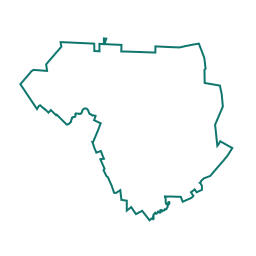 the district of Cruillas, Tamaulipas, Mexico, rotated 172°
{"feature_id": "50627088B28720868594108", "entity_name": "Cruillas", "entity_type": "district", "adm_level": 2, "iso_a3": "MEX", "parent_name": "Mexico", "parent_adm1": "Tamaulipas", "projection": "robinson", "projection_center": [-98.359, 24.655], "detail": "fine", "context": "isolated", "style": "outline", "palette": "teal", "viewbox_px": 256, "rotation_deg": 172, "n_neighbors": 0, "source": "geoboundaries", "source_scale": "gbopen_adm2", "svg_char_len": 4923}
<svg xmlns="http://www.w3.org/2000/svg" viewBox="0 0 256 256"><g transform="rotate(172 128 128)"><path d="M27.5,93.6L38.5,102.0L40.4,99.5L42.0,97.9L41.3,119.1L39.4,122.3L31.1,136.0L30.5,148.7L31.1,157.2L44.5,161.5L45.8,161.9L44.2,174.7L44.0,175.1L42.9,176.0L42.7,187.0L46.1,201.7L50.4,201.6L59.9,201.1L65.7,200.6L76.3,202.5L82.0,203.6L86.1,204.4L89.5,205.0L90.4,198.9L95.6,199.8L107.4,201.9L119.5,204.0L124.0,204.7L122.9,211.2L125.7,211.7L128.8,212.3L134.7,213.4L135.6,213.6L137.8,214.0L139.6,214.3L137.1,219.5L139.4,220.0L140.2,214.4L144.6,215.3L145.6,207.9L150.6,208.9L150.5,209.9L149.7,216.2L150.0,216.3L177.6,221.5L177.8,221.5L179.4,221.8L182.8,222.4L182.8,220.6L182.7,217.8L183.0,217.5L187.1,213.9L188.9,212.4L191.1,210.4L196.2,206.0L200.2,202.4L200.2,195.8L213.5,198.7L215.6,197.7L216.3,197.3L216.9,196.5L228.5,186.4L222.4,173.7L215.5,159.4L213.1,162.3L211.8,162.7L208.2,158.4L208.0,158.6L206.2,156.4L204.6,154.3L201.9,156.5L197.4,150.6L196.7,151.1L188.2,139.9L187.7,139.9L187.4,139.9L187.3,140.0L187.0,140.0L186.7,140.1L186.2,140.3L185.9,140.4L185.9,140.5L185.5,140.7L185.3,140.8L185.2,140.9L184.9,141.1L184.8,141.3L184.4,141.5L183.9,141.8L183.6,142.0L183.5,142.3L183.4,142.4L183.4,142.5L183.5,142.8L183.4,143.1L183.3,143.3L183.0,143.9L182.9,144.1L182.8,144.3L182.7,144.4L182.5,144.6L182.3,144.9L182.2,145.1L182.2,145.3L182.1,145.5L182.1,145.9L181.8,146.0L181.6,146.2L180.9,146.3L180.7,146.3L180.3,146.3L180.2,146.4L180.2,146.5L179.9,146.5L179.7,146.5L179.6,146.4L179.3,146.4L179.2,146.4L179.0,146.5L178.9,146.5L178.7,146.7L178.7,146.8L178.5,147.0L178.3,147.3L178.3,147.5L178.3,148.1L178.2,148.6L178.2,149.0L178.1,149.4L178.0,149.5L177.9,149.5L177.6,149.7L177.4,149.7L177.0,149.5L176.7,149.4L176.4,149.3L176.2,149.3L175.6,149.3L175.0,149.0L174.9,148.9L174.6,148.7L174.4,148.7L174.2,148.8L173.9,148.9L173.7,148.9L173.4,148.8L173.2,148.7L172.9,148.6L172.7,148.7L172.5,148.8L172.4,149.0L172.2,149.2L172.1,149.4L172.0,149.5L171.9,149.6L171.7,149.7L171.7,149.8L171.6,150.0L171.4,150.4L171.3,150.5L171.2,150.6L171.1,150.8L171.0,151.0L170.8,151.4L170.7,151.7L170.7,151.9L170.4,152.2L170.1,152.5L169.8,152.7L169.6,152.8L169.1,153.1L168.6,153.3L168.1,153.3L167.3,153.3L167.1,153.2L166.7,153.1L166.4,152.9L165.7,152.3L165.6,151.8L165.4,151.6L165.1,151.2L165.0,150.9L164.9,150.4L164.5,148.8L164.4,148.5L164.4,148.1L164.3,147.9L164.2,147.7L164.1,147.4L163.9,147.2L163.7,147.1L163.3,146.8L163.2,146.8L163.1,146.7L162.9,146.6L162.6,146.6L162.4,146.4L162.4,146.2L162.2,145.9L161.9,145.8L161.8,145.7L161.6,145.5L161.4,145.3L161.0,145.3L160.8,145.3L160.7,145.3L160.3,145.3L160.2,145.3L160.0,145.2L159.9,145.1L159.7,145.0L159.0,144.7L158.8,144.7L158.7,144.6L158.4,144.4L160.5,140.4L154.4,136.5L157.6,130.6L159.8,126.9L160.8,125.2L164.7,118.7L165.2,118.9L164.9,117.5L164.0,112.6L163.3,110.1L162.8,108.0L158.1,109.0L157.2,104.9L156.9,103.7L156.1,100.9L159.7,100.9L157.0,91.2L156.9,90.8L158.1,89.7L156.0,83.2L154.6,81.8L154.1,79.7L152.3,73.5L150.8,65.8L150.6,65.8L148.7,65.4L144.3,67.5L144.3,66.1L144.4,63.5L144.5,57.9L144.2,58.0L143.5,57.4L139.6,56.3L139.3,56.2L139.4,55.8L139.8,52.5L140.5,48.2L140.7,46.4L138.6,47.6L135.8,49.2L132.8,43.0L132.1,41.6L125.5,44.0L119.5,33.6L118.4,34.3L118.1,34.6L117.4,35.1L116.7,35.1L116.7,34.9L116.6,34.7L116.3,34.6L115.9,34.6L115.8,34.4L115.6,34.6L115.4,35.1L115.2,35.0L115.1,35.4L115.2,35.5L115.3,35.5L115.5,35.5L115.6,36.2L115.6,36.3L115.6,36.6L115.5,36.8L115.4,36.8L115.2,36.8L114.9,37.2L114.9,37.6L115.0,37.7L115.0,37.9L114.9,38.1L114.9,38.3L114.8,38.6L114.6,38.7L114.3,39.0L114.0,39.3L113.7,39.6L113.2,40.1L112.9,40.2L112.9,39.8L112.7,39.4L112.5,39.2L112.2,39.1L111.9,39.3L111.7,39.4L111.3,39.4L111.2,39.5L110.6,40.0L110.0,41.1L109.6,41.1L109.2,40.8L108.9,40.7L108.6,40.4L108.6,40.2L108.6,39.9L108.1,39.6L107.7,39.7L107.3,40.1L107.2,40.6L107.1,41.3L107.3,41.5L107.4,41.8L107.4,42.1L107.2,42.2L106.9,42.2L106.5,42.2L106.4,42.1L106.2,42.0L106.1,41.9L106.0,41.5L105.8,41.3L105.7,41.2L105.5,40.9L105.1,41.1L104.9,41.3L104.4,41.5L104.0,41.5L103.9,41.4L103.6,41.4L103.1,41.7L103.1,42.1L102.9,42.4L102.7,42.5L102.5,42.4L102.3,42.3L101.8,42.3L101.5,42.2L101.3,42.3L101.2,42.6L101.0,42.9L100.9,43.1L100.7,43.2L100.5,43.4L100.2,43.7L100.0,43.8L99.9,44.0L99.8,44.6L99.7,44.9L99.6,45.1L99.6,45.5L99.6,46.2L99.1,46.2L98.9,46.2L98.7,46.4L98.5,46.5L98.4,46.7L98.5,46.8L98.4,46.9L98.2,46.9L97.9,47.5L97.7,47.9L97.5,48.2L97.4,48.2L97.5,48.9L98.3,48.9L98.5,48.7L98.6,48.3L99.1,47.7L99.9,46.7L100.5,47.2L100.7,47.5L100.8,48.3L101.0,48.5L100.9,49.4L101.0,49.9L100.6,51.9L100.7,52.7L100.7,53.4L100.7,53.7L100.9,54.3L101.0,54.5L100.8,54.7L100.8,55.1L99.7,54.7L99.7,54.8L94.0,54.0L91.9,53.6L85.3,52.5L84.1,47.4L74.8,50.0L72.7,51.7L74.6,55.6L70.5,57.9L69.0,54.8L63.4,56.5L63.2,57.6L62.9,60.8L64.1,63.5L64.4,63.7L63.6,64.1L63.4,65.0L60.1,67.5L59.2,67.7L55.4,68.6L53.5,69.0L53.1,69.2L48.5,73.3L41.3,79.6L39.4,81.3L37.9,82.5L35.7,84.6L33.5,86.5L29.8,90.9L27.5,93.6Z" fill="none" stroke="#0f766e" stroke-width="2"/></g></svg>